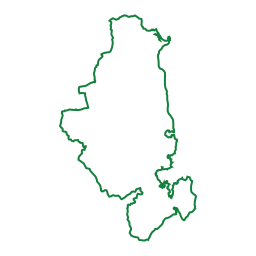 outline of Memba, Nampula, Mozambique
{"feature_id": "85939544B76219123027909", "entity_name": "Memba", "entity_type": "district", "adm_level": 2, "iso_a3": "MOZ", "parent_name": "Mozambique", "parent_adm1": "Nampula", "projection": "natural_earth1", "projection_center": [40.424, -13.966], "detail": "fine", "context": "isolated", "style": "outline", "palette": "green", "viewbox_px": 256, "rotation_deg": 0, "n_neighbors": 0, "source": "geoboundaries", "source_scale": "gbopen_adm2", "svg_char_len": 5898}
<svg xmlns="http://www.w3.org/2000/svg" viewBox="0 0 256 256"><path d="M109.5,20.8L111.1,22.0L111.3,22.8L111.1,24.5L110.5,25.2L111.0,26.6L110.7,29.5L111.8,30.1L111.4,34.6L113.1,37.8L112.2,39.1L112.8,42.9L112.0,47.6L110.6,51.1L109.5,52.1L104.6,52.8L101.4,54.2L101.6,55.2L102.3,55.6L102.4,56.7L98.9,59.8L98.3,61.4L97.8,65.0L96.5,65.4L96.4,66.9L95.3,67.6L95.0,68.2L94.6,71.1L93.9,73.5L94.7,77.6L94.6,79.4L95.2,80.6L95.1,82.0L94.7,82.3L93.5,81.8L92.6,82.5L91.0,82.8L85.9,85.8L79.8,86.8L79.3,87.2L78.8,88.3L78.9,91.3L79.6,93.4L81.3,93.0L85.1,93.3L85.1,95.7L85.7,97.6L86.1,100.4L87.2,103.4L88.2,107.8L83.7,108.5L81.0,109.6L77.4,110.2L76.4,109.6L76.0,110.0L75.4,109.6L74.3,110.0L69.6,109.5L66.0,110.7L64.8,110.5L64.1,111.4L62.9,111.3L62.1,111.6L61.8,113.0L62.6,114.9L62.6,116.0L61.4,119.5L60.8,123.7L60.0,125.9L61.1,127.5L62.1,128.1L62.6,128.8L62.7,131.0L64.0,131.6L65.4,131.7L66.4,132.3L66.5,133.5L67.4,135.3L68.5,135.7L68.8,136.2L68.4,137.9L68.9,139.4L71.0,139.6L71.5,140.7L73.2,141.3L75.0,140.2L78.1,140.1L78.6,141.7L80.0,142.1L80.3,142.8L82.6,143.0L83.1,146.0L83.7,147.3L84.3,147.2L84.3,146.7L84.7,146.4L85.8,146.3L85.8,146.8L85.1,148.0L84.7,149.6L84.1,149.9L82.4,149.9L82.0,150.3L81.8,151.3L82.0,153.3L79.1,156.4L78.6,157.9L78.5,159.7L83.8,163.5L86.2,168.1L89.6,168.9L90.2,170.7L95.6,176.7L96.4,178.4L97.2,181.7L99.2,184.0L100.2,185.6L100.9,188.6L101.0,190.5L101.5,190.7L101.8,191.3L103.3,191.3L104.8,190.2L106.5,190.3L107.3,192.2L107.7,194.1L109.2,196.6L110.9,196.4L113.0,195.2L115.6,195.9L118.3,195.6L120.1,197.3L120.8,198.7L121.8,199.2L124.6,197.6L127.0,195.4L130.2,193.7L131.7,191.9L133.3,191.5L135.0,191.8L135.5,191.3L136.3,189.4L140.2,188.0L140.6,189.0L140.2,190.0L140.6,190.9L142.5,192.8L142.3,193.8L141.5,194.4L140.8,194.4L137.7,193.8L136.7,196.5L136.7,197.8L133.9,198.6L133.6,199.0L133.7,199.7L135.2,201.7L134.9,202.6L133.3,203.0L132.2,203.7L131.0,203.6L130.2,205.0L128.4,204.6L127.7,205.2L127.8,207.6L127.2,208.2L127.6,209.0L127.5,209.9L127.8,211.5L127.1,214.5L128.2,217.2L127.5,219.5L129.3,222.0L129.6,225.4L131.0,228.1L131.0,229.6L130.1,231.4L129.7,232.9L131.2,235.5L133.4,236.6L137.8,237.5L138.3,237.9L138.9,239.7L139.5,240.0L144.5,240.6L146.4,239.6L148.3,239.9L148.7,238.4L149.7,237.3L149.7,236.5L151.9,232.5L154.4,230.3L155.2,229.0L157.4,228.9L161.6,224.9L162.6,223.6L163.3,221.2L165.0,218.9L165.7,218.4L168.9,217.5L171.9,215.6L172.6,214.8L173.6,214.4L175.0,214.5L176.2,214.0L175.8,213.1L176.4,212.4L176.0,211.9L176.2,210.9L175.7,209.4L174.4,209.4L173.7,208.7L173.7,208.1L174.3,207.5L175.1,207.8L175.4,208.6L176.3,208.1L177.3,208.5L177.9,210.5L180.3,214.1L180.5,215.5L182.1,218.8L183.7,220.2L184.4,220.1L186.0,217.4L187.5,216.4L189.7,212.4L191.2,212.3L192.3,211.8L194.1,210.1L194.4,209.2L195.1,208.7L194.8,208.4L195.1,206.0L194.7,205.4L194.6,204.5L194.9,201.0L196.0,196.2L195.1,195.0L193.8,194.3L191.5,192.1L191.1,190.4L191.1,185.9L192.2,181.1L190.8,180.3L189.7,177.4L187.4,176.7L186.5,179.2L185.3,180.2L182.9,179.3L182.2,178.0L181.8,178.7L179.3,179.5L177.5,181.2L177.5,182.1L177.9,182.3L177.8,182.8L177.2,182.9L176.7,183.9L176.1,183.9L176.0,183.4L175.3,183.0L173.9,183.4L173.6,185.1L172.9,185.6L173.2,186.0L173.0,187.6L172.5,188.6L172.5,189.2L172.1,189.7L173.1,190.8L173.2,191.8L172.7,194.8L171.4,197.9L171.9,198.7L171.1,197.9L171.5,197.4L171.4,196.7L171.9,195.8L171.9,195.2L169.6,196.6L169.0,196.4L168.9,195.8L169.1,195.3L168.5,194.1L168.5,193.1L169.9,192.2L170.0,191.8L169.6,191.5L169.8,190.9L169.0,189.5L168.2,189.3L167.3,188.2L167.3,187.2L168.2,186.8L168.6,184.6L169.3,184.2L167.5,183.2L167.1,182.4L167.2,181.2L166.7,181.0L166.2,181.4L166.4,182.6L166.0,183.4L165.4,183.5L165.1,183.1L165.1,182.4L164.4,182.9L164.2,182.3L164.0,182.9L163.4,183.4L163.7,184.5L164.2,184.6L164.9,186.0L164.2,187.1L163.7,186.9L162.9,185.4L162.2,185.0L162.0,185.4L162.5,187.1L162.4,187.8L159.6,186.4L159.9,185.6L161.1,185.4L161.1,184.5L161.8,183.7L159.8,181.4L159.4,180.4L157.8,179.4L156.9,176.0L156.6,176.0L156.2,175.4L156.2,173.6L155.9,173.4L155.6,173.9L155.5,173.4L156.2,172.6L157.0,170.9L158.3,170.5L158.4,170.1L160.5,170.0L161.8,169.5L162.2,167.9L162.0,167.2L162.6,167.3L162.6,169.4L166.5,169.0L167.2,169.4L168.0,168.6L169.4,168.3L171.0,167.1L171.8,166.9L171.0,166.1L170.6,165.2L171.0,163.9L172.3,162.5L171.1,162.4L170.8,160.1L171.3,159.8L171.3,159.3L170.3,159.4L169.9,158.0L169.6,158.2L169.0,157.7L168.0,158.0L167.6,157.4L167.6,156.1L168.5,155.1L170.1,156.0L170.8,155.2L172.1,155.3L174.3,153.3L174.9,153.3L174.7,152.8L174.9,151.1L175.9,149.4L175.6,146.8L176.1,145.9L176.3,142.1L177.1,141.1L176.8,139.5L175.8,139.4L174.9,138.6L174.1,135.1L173.6,135.3L173.1,134.9L172.5,135.4L171.7,135.1L171.3,135.9L171.5,137.0L170.7,137.4L169.6,137.1L168.3,137.4L165.3,135.1L165.2,133.3L165.6,132.2L167.3,130.4L169.2,130.6L169.5,131.5L169.1,131.9L169.4,132.2L172.2,131.2L173.4,132.3L174.1,132.2L173.9,129.2L173.2,128.3L173.4,125.3L173.1,120.3L172.7,119.1L170.2,115.2L169.0,114.1L167.8,111.6L167.6,109.1L168.1,104.9L167.2,99.1L167.3,95.7L166.7,94.1L166.9,91.1L165.5,88.1L164.9,84.7L165.0,73.0L164.3,71.4L162.2,69.3L159.9,68.4L158.7,66.3L158.6,61.2L157.9,56.0L157.9,55.2L159.0,53.2L158.9,52.1L159.4,50.8L161.7,48.7L162.7,46.6L164.4,45.3L167.1,44.6L168.7,43.4L169.4,40.5L170.1,40.1L169.9,37.6L169.2,36.7L168.3,37.1L168.0,38.3L168.4,39.6L167.5,40.6L165.9,40.8L164.2,40.5L161.6,38.6L159.6,35.3L158.8,34.8L159.2,35.7L158.9,37.0L159.9,38.1L159.3,39.1L159.9,40.3L159.7,40.2L159.2,39.9L159.0,39.2L159.4,38.1L158.3,37.3L158.0,35.6L154.8,34.3L155.3,34.0L156.6,34.5L158.0,33.6L159.1,34.1L156.8,31.2L156.2,29.2L154.2,30.4L153.1,29.5L152.4,30.1L151.7,29.7L150.5,30.6L149.0,30.8L146.9,30.5L145.0,28.7L143.4,28.6L143.0,27.2L142.3,26.7L141.4,24.8L141.7,22.5L141.7,20.0L141.4,19.0L138.7,18.4L138.0,17.5L135.1,15.5L132.9,16.3L131.1,16.2L129.4,16.9L128.3,16.7L126.1,15.6L124.1,15.4L123.3,15.9L122.1,16.1L121.2,16.9L119.5,17.5L118.8,18.7L116.3,19.7L112.9,18.3L111.0,19.4L109.5,20.8Z" fill="none" stroke="#15803d" stroke-width="2"/></svg>